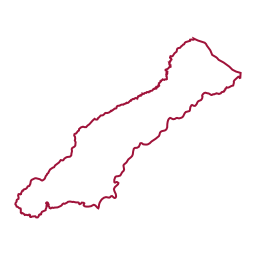 Tefé, Amazonas, Brazil
{"feature_id": "56859067B54341094874389", "entity_name": "Tefé", "entity_type": "district", "adm_level": 2, "iso_a3": "BRA", "parent_name": "Brazil", "parent_adm1": "Amazonas", "projection": "orthographic", "projection_center": [-65.503, -4.413], "detail": "fine", "context": "isolated", "style": "outline", "palette": "rose", "viewbox_px": 256, "rotation_deg": 0, "n_neighbors": 0, "source": "geoboundaries", "source_scale": "gbopen_adm2", "svg_char_len": 5764}
<svg xmlns="http://www.w3.org/2000/svg" viewBox="0 0 256 256"><path d="M98.2,117.9L97.5,119.3L96.9,119.6L95.4,119.4L94.6,118.8L92.7,120.5L89.3,124.3L87.5,125.6L86.2,127.1L84.3,127.1L83.0,126.7L81.1,127.3L79.1,129.0L78.9,130.5L77.8,131.2L76.2,133.4L75.0,133.8L74.4,134.2L74.2,135.6L75.0,136.8L75.1,137.6L75.2,139.0L74.8,140.4L75.6,142.2L75.3,145.6L74.4,146.7L72.3,147.9L72.0,148.5L71.7,149.1L72.0,151.1L71.4,153.8L71.3,155.2L71.0,155.7L70.4,156.3L69.9,156.7L67.2,157.0L66.0,157.5L64.4,158.6L63.3,160.2L62.6,160.4L60.7,160.1L59.1,162.4L55.1,165.4L54.1,167.2L52.7,167.7L50.1,169.5L48.8,171.7L48.3,173.0L47.1,173.9L47.0,174.6L45.8,176.0L44.8,178.6L43.9,179.5L42.9,180.2L42.3,180.5L41.6,180.4L39.8,179.2L35.9,178.2L34.7,178.4L31.6,179.9L30.8,181.1L30.3,184.0L29.9,184.5L29.5,185.7L29.0,186.1L28.1,186.2L27.6,186.5L27.0,187.8L26.4,188.4L25.6,189.0L24.1,189.3L23.6,189.7L23.2,190.6L22.6,190.5L22.3,190.7L21.0,193.4L21.0,194.1L20.3,194.4L19.0,194.0L18.5,194.2L18.1,195.5L18.6,197.5L18.5,198.8L16.9,199.8L16.6,200.4L16.6,201.6L15.5,203.2L15.4,204.4L16.2,205.3L16.6,206.6L17.9,207.0L19.3,208.2L20.5,208.4L20.8,209.1L20.8,212.6L21.2,213.1L21.7,213.4L22.2,213.0L22.8,213.2L23.2,213.6L24.4,214.3L24.7,215.0L26.0,214.8L28.1,215.2L28.7,215.0L29.1,214.6L29.7,214.7L30.1,215.2L30.0,216.5L30.4,217.0L31.2,217.0L32.3,216.5L34.8,216.3L35.4,216.3L36.2,217.4L37.7,217.4L38.6,216.4L39.0,215.0L39.4,214.6L40.0,214.3L40.6,214.6L41.1,214.3L41.3,213.0L42.0,211.8L45.6,210.2L45.8,208.8L46.4,207.7L46.5,205.7L47.1,204.5L46.1,203.4L46.2,202.8L46.7,202.4L47.3,202.4L47.8,202.7L48.7,204.6L48.1,205.9L49.2,206.6L49.6,208.0L50.7,208.4L51.8,207.7L52.5,207.6L53.0,207.9L53.7,207.9L54.3,207.6L57.6,207.4L60.7,206.0L61.7,205.3L62.4,204.2L63.5,203.5L64.7,203.8L66.9,202.7L68.0,201.8L70.0,201.5L72.6,202.0L73.2,201.8L75.9,202.4L78.0,202.4L78.6,202.6L79.0,203.1L79.1,203.8L79.7,204.2L80.9,203.6L81.8,202.6L83.7,202.8L84.3,203.3L83.6,205.1L83.9,205.7L85.0,206.4L86.4,206.6L88.4,206.6L91.0,206.2L93.6,204.8L94.2,204.9L95.4,205.5L97.6,207.9L98.3,208.3L98.7,207.2L99.1,204.5L99.7,202.6L101.2,200.1L102.2,199.0L104.0,197.7L106.0,197.1L108.7,197.6L109.4,197.6L110.0,197.3L110.8,196.4L112.0,196.0L114.1,197.8L114.8,198.0L115.5,197.7L115.9,197.1L116.1,196.2L115.8,194.1L114.4,191.1L113.9,189.1L114.8,187.2L118.0,184.3L118.3,183.6L118.4,183.0L117.2,182.1L116.6,182.0L115.2,182.6L114.7,182.5L114.3,182.0L114.3,179.8L115.2,177.2L115.6,176.7L116.7,176.3L118.1,176.2L120.1,175.6L120.5,175.2L122.1,172.3L123.7,170.7L124.1,169.4L123.5,166.0L123.5,165.3L124.2,164.3L126.4,162.5L128.3,159.4L130.9,157.3L132.2,155.9L132.8,154.3L133.2,151.2L133.8,148.8L134.3,148.3L134.9,147.9L137.0,147.8L138.8,146.8L139.8,144.7L140.2,143.4L141.0,143.1L141.7,143.2L142.4,143.6L143.0,144.2L143.7,144.4L146.1,144.6L147.7,144.4L149.7,143.3L151.5,141.5L155.6,138.8L158.9,136.1L159.4,135.0L160.0,132.7L160.8,131.7L162.0,131.1L164.8,130.5L165.9,129.8L166.4,129.3L167.2,127.4L167.3,124.1L167.7,121.6L168.2,120.0L168.9,118.8L170.1,117.9L170.8,118.1L172.7,119.1L173.5,119.2L174.9,118.9L176.2,118.1L177.0,117.9L179.0,118.4L181.2,117.8L182.4,117.2L183.3,116.1L184.7,113.2L185.8,112.0L189.3,111.1L189.8,110.6L190.4,107.0L191.5,105.2L192.1,105.0L194.1,105.9L194.9,105.9L195.4,105.6L196.7,104.0L197.3,102.5L198.1,101.4L198.7,101.0L200.9,100.1L201.3,99.7L202.1,98.5L202.4,97.2L202.5,96.4L202.1,95.9L202.3,95.1L203.0,94.1L204.1,93.1L205.3,92.7L208.0,93.4L208.6,93.4L211.3,95.0L212.0,94.9L213.2,94.2L213.9,94.4L216.5,93.3L217.0,93.6L217.7,93.5L218.9,94.0L220.8,93.3L221.6,92.2L223.7,91.7L223.8,91.2L224.3,91.1L224.6,90.2L225.3,89.7L225.4,88.7L225.9,88.5L226.6,87.3L227.8,87.7L229.0,87.3L231.4,86.0L233.2,85.5L233.9,82.7L233.8,81.3L234.5,80.2L238.2,76.8L239.0,76.7L239.7,78.0L240.3,77.8L240.6,72.9L236.1,71.6L232.4,69.7L229.4,66.7L223.6,62.5L218.6,59.8L217.2,58.1L216.1,57.2L212.2,54.9L210.3,50.3L206.7,45.4L206.2,44.2L204.7,42.7L197.9,40.5L193.8,38.6L194.1,39.3L193.6,39.7L192.4,39.7L191.6,39.5L190.1,39.7L190.1,40.8L185.7,42.1L184.9,42.7L184.1,44.3L183.1,44.6L182.3,45.6L181.3,46.2L180.2,47.7L178.3,48.1L177.4,48.6L177.0,49.4L176.6,51.6L174.5,53.3L172.7,56.0L171.8,56.4L170.7,56.1L170.4,56.3L170.5,56.7L170.0,57.4L170.0,57.7L171.2,58.7L171.5,59.6L170.8,60.2L170.4,61.2L169.9,61.3L169.8,62.2L169.1,62.3L169.6,63.2L169.2,63.9L169.7,64.4L169.8,65.6L170.5,65.4L170.6,66.8L169.0,67.4L168.2,68.5L167.4,69.0L165.6,69.7L165.6,70.1L166.4,70.1L166.3,70.9L166.5,71.2L167.4,71.6L167.3,72.7L166.5,72.8L166.5,73.0L167.0,73.2L167.3,73.7L167.2,73.9L166.6,73.7L166.4,73.8L166.2,74.7L166.6,76.0L166.4,76.3L166.8,77.0L166.9,79.1L166.4,79.4L165.1,79.3L164.4,79.9L162.6,79.4L162.3,80.0L161.2,80.5L161.1,81.1L160.6,81.2L160.7,81.5L160.5,81.9L159.3,82.9L159.5,83.0L158.6,84.7L159.0,85.1L159.2,85.7L158.6,86.3L158.0,86.4L157.9,86.1L157.3,86.4L157.2,86.7L157.5,87.2L157.3,87.4L156.3,87.1L156.2,88.3L155.4,87.9L155.2,88.1L155.5,88.3L155.1,88.8L154.6,89.0L154.1,88.7L153.3,89.1L152.7,90.1L152.2,90.6L150.2,91.0L149.9,91.6L149.1,91.6L148.7,92.3L147.0,92.0L146.2,92.9L145.3,92.8L144.6,93.1L144.2,93.3L144.0,93.8L143.1,93.9L142.4,93.6L142.4,94.2L142.0,94.5L141.9,94.7L141.1,94.8L140.9,95.4L140.6,95.2L139.6,95.5L139.4,95.7L139.6,95.9L138.3,96.1L138.1,96.4L138.3,96.8L137.7,97.3L137.5,98.0L137.3,97.7L136.6,98.4L135.4,98.0L133.9,99.1L133.5,98.9L132.8,99.0L131.9,99.7L131.1,99.9L130.9,100.6L130.6,100.7L130.6,100.9L130.0,100.9L128.3,102.7L127.1,103.0L126.7,102.7L125.9,103.2L125.8,103.5L124.5,103.9L124.2,103.9L124.0,104.2L123.2,104.7L122.1,104.5L120.8,104.9L120.2,105.4L119.5,105.5L119.4,105.7L117.5,105.9L116.7,106.7L116.6,107.8L115.9,108.5L114.8,108.5L112.8,110.1L112.3,110.2L112.2,110.5L111.4,111.1L110.8,110.9L110.4,111.5L109.0,112.5L107.3,113.0L105.7,112.9L105.0,113.2L104.0,114.4L102.8,115.3L100.7,115.5L98.8,117.6L98.2,117.9Z" fill="none" stroke="#9f1239" stroke-width="2"/></svg>